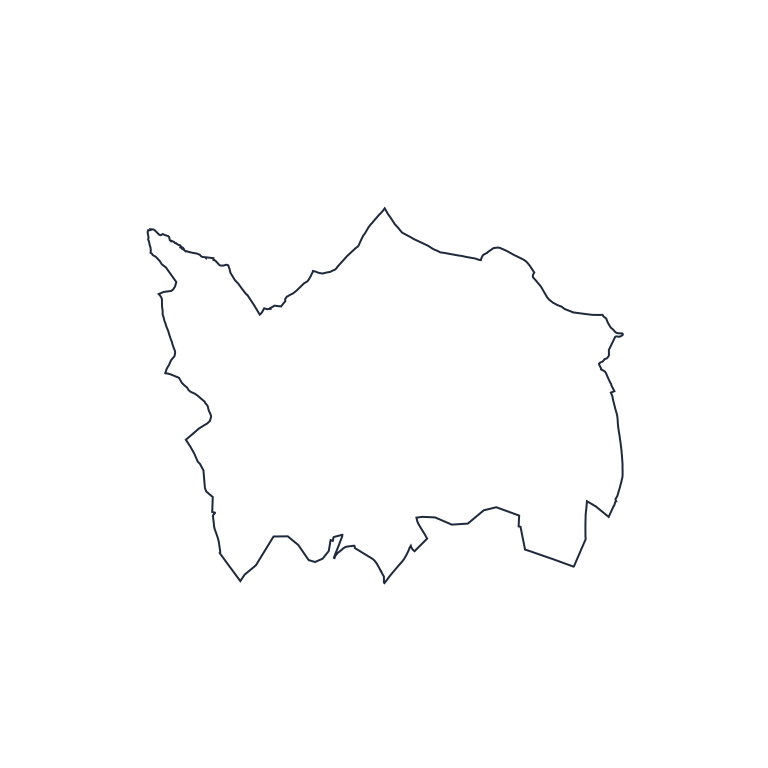 outline of Ciugud, Alba, Romania, rotated 238°
{"feature_id": "2599482B73619995262158", "entity_name": "Ciugud", "entity_type": "district", "adm_level": 2, "iso_a3": "ROU", "parent_name": "Romania", "parent_adm1": "Alba", "projection": "robinson", "projection_center": [23.641, 46.062], "detail": "fine", "context": "isolated", "style": "outline", "palette": "slate", "viewbox_px": 768, "rotation_deg": 238, "n_neighbors": 0, "source": "geoboundaries", "source_scale": "gbopen_adm2", "svg_char_len": 6130}
<svg xmlns="http://www.w3.org/2000/svg" viewBox="0 0 768 768"><g transform="rotate(238 384 384)"><path d="M439.4,533.7L438.6,532.7L437.7,531.8L439.5,529.8L440.6,529.1L442.5,527.4L443.7,526.0L449.0,520.2L451.6,517.6L453.1,515.7L463.4,504.4L465.9,501.4L468.4,500.0L470.8,498.2L473.0,496.9L478.1,494.5L491.1,486.1L494.2,484.5L502.7,479.6L505.9,479.1L508.1,478.9L513.5,477.9L523.0,477.7L525.7,477.4L532.6,477.7L531.7,475.5L530.6,472.0L530.1,469.6L528.3,463.6L526.7,458.8L526.4,457.3L525.0,453.7L522.1,448.2L520.6,444.6L517.4,439.5L515.1,436.2L514.4,434.4L514.2,431.7L512.1,420.8L509.5,411.6L508.0,406.5L507.2,404.8L507.0,402.6L507.4,400.4L507.6,397.7L509.0,394.3L510.2,390.5L512.1,388.3L513.6,386.9L515.0,386.0L517.5,383.7L516.6,382.7L515.5,380.8L514.5,379.4L512.4,375.5L511.6,373.2L511.8,369.6L510.3,362.8L509.6,359.7L509.0,354.6L509.4,351.6L509.4,348.8L509.6,347.9L508.4,345.2L507.9,345.0L506.4,344.0L505.8,341.8L504.3,337.8L508.5,332.6L508.5,329.7L508.7,327.7L507.9,327.6L509.4,324.5L511.7,322.5L509.9,319.3L509.0,317.5L508.7,315.4L519.4,315.6L532.2,315.3L532.7,314.8L538.9,314.1L546.2,313.6L551.1,312.6L559.6,312.7L562.9,313.8L567.2,314.8L568.7,313.5L568.9,312.8L569.5,310.7L570.7,308.6L571.5,307.8L572.3,307.4L575.3,306.9L577.6,306.4L579.1,305.8L579.5,305.1L580.9,305.8L581.1,306.0L584.5,301.8L585.6,300.4L585.1,299.8L586.1,299.7L588.1,297.2L589.5,296.5L590.7,296.4L591.5,296.1L594.0,294.2L596.3,291.6L599.6,288.3L601.4,286.8L601.4,286.2L604.3,285.2L604.6,285.8L606.0,285.7L606.3,285.3L605.5,284.7L605.8,284.4L606.5,284.5L607.8,283.6L608.0,283.8L607.3,284.9L607.5,285.0L608.8,284.4L609.4,284.7L609.9,284.4L611.3,283.1L613.6,282.3L613.7,281.9L614.3,281.4L615.6,281.3L618.0,279.7L617.8,279.1L619.5,278.6L622.3,279.6L623.7,279.4L626.2,277.3L628.4,275.8L628.5,273.5L629.6,272.5L636.0,271.0L637.3,270.3L638.9,268.1L638.2,268.1L638.3,267.3L639.4,265.3L637.7,263.8L633.0,262.0L631.7,260.6L629.4,260.2L625.7,258.8L623.7,258.4L620.6,256.9L618.9,255.5L617.5,256.2L616.0,256.2L614.9,256.7L612.8,257.9L607.0,259.0L604.0,259.0L602.9,259.1L598.6,260.8L580.5,261.9L577.4,258.4L575.9,255.3L575.7,252.8L578.8,246.0L579.7,240.6L577.3,241.0L575.4,241.0L573.6,240.6L567.1,236.7L563.6,235.2L560.2,233.1L557.2,232.4L553.7,231.2L551.7,230.9L548.1,229.9L543.3,229.1L540.6,228.3L534.5,226.8L532.7,226.6L530.0,225.7L526.0,224.8L524.1,224.5L522.0,223.9L521.0,223.3L518.7,221.2L516.9,215.8L514.0,211.7L512.9,209.3L511.6,207.1L510.9,206.5L509.1,204.2L508.7,204.4L508.5,204.9L507.5,206.1L505.2,208.2L497.9,213.4L492.1,213.2L488.3,214.1L485.4,215.1L482.8,215.0L480.4,215.6L478.4,216.8L476.1,218.4L473.1,219.7L468.2,221.2L463.9,222.6L463.0,222.3L459.5,222.8L458.4,222.7L456.4,222.0L454.1,221.3L450.8,220.9L448.9,220.5L448.0,220.1L447.2,219.3L444.9,216.8L444.2,213.1L444.3,209.5L444.3,205.0L444.3,203.5L441.7,186.4L433.9,186.6L425.4,186.2L416.8,184.9L413.9,185.6L406.4,185.1L390.7,177.0L387.0,176.3L378.9,178.9L366.5,170.5L364.5,172.4L364.0,172.1L363.7,170.3L363.0,169.2L360.0,167.7L355.5,165.6L353.9,164.7L351.0,163.6L347.2,162.8L341.6,161.5L337.8,160.3L328.7,156.3L328.1,155.9L327.8,155.1L313.7,156.1L293.0,157.7L296.2,164.8L298.1,179.2L313.2,209.5L305.8,221.7L299.3,223.8L292.9,226.0L274.6,226.8L269.6,231.2L268.4,239.3L271.6,248.6L279.9,256.0L278.1,257.5L278.8,258.3L279.7,258.9L280.7,259.9L280.8,260.5L278.5,267.7L278.4,268.6L278.2,268.8L277.0,267.9L276.0,266.6L269.8,258.3L267.4,255.0L265.7,252.7L263.2,249.4L262.6,249.8L264.0,251.5L265.3,255.1L265.5,257.7L265.8,260.5L266.2,261.9L266.2,265.2L265.3,267.3L262.8,272.8L262.6,273.1L262.2,273.2L261.2,272.7L260.4,272.3L248.4,278.3L242.0,281.5L239.6,282.3L239.1,282.4L235.5,282.7L229.6,282.4L227.2,282.1L227.2,282.3L223.1,281.9L220.8,281.9L215.6,278.7L214.9,278.9L218.4,288.0L222.3,300.2L223.8,305.3L225.0,308.4L226.5,311.3L229.6,316.4L231.5,318.8L232.6,321.0L232.2,320.9L231.2,320.7L230.7,320.6L229.3,320.5L227.7,320.8L226.9,321.0L226.6,321.1L226.0,321.3L226.1,321.7L230.0,338.6L234.2,338.9L234.9,338.9L236.1,338.9L236.6,338.9L237.4,338.9L241.0,338.9L242.1,338.9L242.3,338.9L247.6,339.1L249.6,339.4L253.5,340.7L250.9,346.3L243.8,356.6L228.8,367.0L221.2,381.1L223.5,397.7L224.0,401.7L220.0,413.9L200.8,428.9L191.9,422.7L190.6,424.1L179.8,420.0L171.7,417.0L168.9,415.8L165.0,419.1L161.5,421.9L147.0,433.6L146.8,433.8L129.1,447.6L128.7,447.9L128.6,448.3L132.0,453.2L135.1,457.7L137.9,461.8L138.6,462.6L141.1,466.4L145.4,472.6L146.4,473.4L146.8,473.5L147.7,473.9L152.1,476.6L157.4,479.9L164.7,484.7L166.8,486.1L171.2,489.6L177.0,494.0L167.8,498.8L152.2,504.1L158.9,514.2L158.8,514.5L159.5,515.5L161.2,517.4L161.9,518.5L161.7,518.8L162.7,519.0L163.7,519.3L164.5,520.9L165.4,522.5L166.6,523.9L168.4,525.9L171.2,529.1L173.4,531.4L175.3,533.5L177.3,535.4L178.4,536.6L179.5,537.5L181.8,539.0L184.2,540.5L185.1,541.0L188.2,542.9L189.4,543.7L194.5,546.4L197.6,548.0L201.3,549.9L205.0,551.7L208.9,553.5L213.9,555.7L215.4,556.4L218.1,557.5L222.8,559.5L225.0,560.6L226.8,561.5L229.7,563.1L231.4,564.0L232.8,564.6L234.1,565.2L235.1,565.5L239.7,566.8L244.7,568.4L245.4,568.6L250.5,570.3L252.5,571.2L256.5,571.8L255.8,575.6L261.5,576.0L262.8,576.2L263.4,576.6L265.6,576.6L269.4,577.1L270.1,577.2L273.5,577.7L275.7,578.0L277.3,578.0L279.1,577.2L281.3,575.8L281.6,576.2L282.8,576.4L286.3,576.7L287.2,577.0L287.6,578.4L287.2,581.2L287.5,582.3L287.7,583.2L288.2,584.0L287.7,586.4L288.0,587.9L289.1,590.0L293.7,592.7L297.6,598.9L301.5,605.1L301.4,605.8L301.1,606.5L299.6,608.2L299.1,609.5L299.0,611.0L299.1,612.3L299.4,612.8L299.6,612.9L300.4,612.9L301.0,612.5L301.5,611.7L302.6,609.9L303.6,608.7L304.8,608.0L305.9,607.6L309.4,607.0L311.6,606.2L313.7,606.2L317.0,606.3L319.2,606.6L321.6,607.1L322.8,606.8L324.3,606.1L325.6,605.9L326.0,606.0L326.3,606.0L326.9,605.8L329.6,601.4L332.2,597.4L336.6,591.9L344.8,582.0L345.0,582.1L351.9,576.9L355.5,575.6L358.7,573.1L363.4,570.4L368.2,568.7L371.3,568.3L383.3,568.7L391.0,567.7L394.9,567.0L395.9,567.0L397.2,567.8L398.4,569.4L398.9,570.5L407.4,570.3L410.5,569.9L413.2,569.3L416.1,567.9L425.1,562.3L431.5,558.8L432.2,558.3L434.1,557.1L438.2,554.3L439.6,552.4L441.2,549.0L440.9,541.8L440.6,541.3L440.9,537.3L440.7,535.9L439.4,533.7Z" fill="none" stroke="#1e293b" stroke-width="2"/></g></svg>